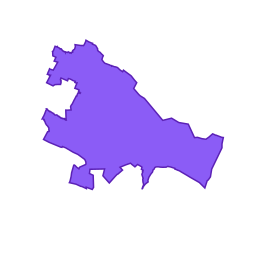 the district of Zinacantepec, México, Mexico, rotated 288°
{"feature_id": "50627088B3393868502774", "entity_name": "Zinacantepec", "entity_type": "district", "adm_level": 2, "iso_a3": "MEX", "parent_name": "Mexico", "parent_adm1": "México", "projection": "mercator", "projection_center": [-99.791, 19.204], "detail": "fine", "context": "isolated", "style": "filled", "palette": "violet", "viewbox_px": 256, "rotation_deg": 288, "n_neighbors": 0, "source": "geoboundaries", "source_scale": "gbopen_adm2", "svg_char_len": 5210}
<svg xmlns="http://www.w3.org/2000/svg" viewBox="0 0 256 256"><g transform="rotate(288 128 128)"><path d="M57.9,89.1L58.5,96.0L57.9,101.1L58.1,102.3L57.5,107.1L58.8,106.6L58.5,113.0L60.9,113.6L72.3,109.5L72.8,105.4L77.0,104.6L81.8,118.4L74.8,118.9L69.9,127.2L78.1,130.8L80.6,132.0L81.0,132.6L86.3,135.8L88.2,132.5L92.2,137.2L95.3,141.3L94.5,143.1L93.2,146.6L96.3,148.4L95.3,153.1L94.8,153.4L92.8,153.5L92.5,155.4L91.3,155.1L90.9,155.7L89.3,155.5L88.0,155.6L84.7,158.0L84.0,157.8L81.1,159.0L79.1,160.4L78.1,160.2L76.9,160.7L76.7,160.2L73.9,160.2L75.1,160.3L75.3,160.6L75.8,160.5L76.3,160.5L76.9,160.8L77.9,160.9L78.4,161.2L79.8,161.7L80.8,162.3L81.7,162.9L82.9,163.8L84.4,163.1L87.6,163.1L90.6,163.8L91.0,163.9L93.7,164.9L95.8,164.8L96.9,165.5L98.7,165.7L99.6,166.6L100.2,168.0L100.6,169.5L100.7,170.5L101.4,173.2L102.6,176.5L103.4,177.2L103.7,177.6L103.9,178.1L103.8,178.5L104.1,180.2L104.1,185.1L103.5,185.2L103.5,185.3L103.3,187.6L103.2,188.4L103.2,190.0L102.6,192.4L101.3,198.4L100.4,202.2L98.2,212.7L94.7,219.6L102.4,219.6L103.4,220.4L107.0,221.5L114.8,220.3L138.2,223.5L141.9,222.3L148.4,221.6L148.1,220.0L148.4,214.0L148.2,213.8L148.5,211.6L148.6,210.3L144.4,207.8L141.4,205.6L140.7,201.6L140.6,197.0L139.4,194.2L150.3,184.1L148.9,174.6L150.8,166.4L146.0,158.7L161.2,134.5L162.4,129.6L163.2,127.9L167.3,121.2L173.8,122.3L175.6,119.3L178.5,115.0L179.0,113.7L179.5,112.1L181.6,105.8L179.9,105.5L180.4,103.5L181.0,101.9L182.2,99.5L182.3,98.8L182.3,98.0L182.3,97.4L182.1,96.1L182.1,95.1L182.2,94.7L182.1,94.1L181.7,93.5L182.3,93.2L182.2,92.8L182.2,92.5L182.1,91.7L182.3,90.9L182.4,87.4L182.4,86.1L183.0,84.8L183.2,84.5L184.2,83.0L184.5,82.7L185.1,82.0L187.4,82.0L187.7,81.9L188.8,82.2L189.1,82.2L189.8,81.0L190.1,80.2L191.2,78.3L191.4,77.9L191.5,77.3L191.6,76.8L192.1,75.9L192.1,75.6L192.5,75.1L194.0,74.6L194.1,74.4L194.3,74.2L194.8,73.7L196.1,72.2L196.5,71.6L196.7,69.4L196.7,68.3L197.6,68.2L197.6,67.1L197.6,66.4L197.7,65.8L197.8,64.3L197.9,63.6L198.1,62.9L198.5,60.9L196.9,61.0L196.2,60.9L195.0,60.8L192.6,60.3L192.4,59.4L192.3,58.6L192.0,58.3L190.9,51.9L189.0,52.8L188.4,52.8L186.5,52.8L186.2,52.7L185.5,52.0L185.3,52.0L184.5,51.5L183.8,51.4L183.3,52.0L183.0,51.8L182.7,51.5L182.3,50.9L182.2,51.0L182.0,50.9L181.9,50.9L182.0,50.7L181.9,50.4L182.0,50.2L181.9,50.1L181.7,50.2L181.4,50.0L181.4,49.9L181.5,49.3L181.4,49.2L181.5,48.9L182.0,48.2L181.8,48.1L181.8,47.9L181.8,47.7L181.6,47.3L181.5,47.2L181.4,47.2L181.1,46.9L181.2,46.6L181.1,46.4L180.9,45.6L181.1,45.4L181.1,45.2L180.7,45.2L181.0,45.0L180.9,44.5L181.0,44.4L181.1,44.1L181.0,43.8L180.8,43.7L180.9,43.4L181.1,42.4L181.4,42.2L181.4,41.7L181.6,41.5L181.7,41.2L182.2,40.8L182.3,40.5L182.3,40.3L182.3,40.2L182.6,40.1L182.6,39.4L182.2,39.0L182.3,38.7L182.7,38.2L182.8,37.9L182.9,37.6L183.1,36.3L183.5,35.7L183.1,35.7L183.2,33.4L181.5,33.3L178.9,33.2L177.9,33.0L177.7,32.7L177.4,32.5L177.1,32.8L173.4,34.2L173.0,37.6L168.8,37.1L168.8,38.3L168.8,38.9L168.9,40.8L159.9,39.0L159.9,35.8L160.1,35.1L157.8,35.0L156.5,34.8L154.1,34.7L154.2,35.2L154.2,36.8L153.7,36.9L153.9,37.4L154.0,37.4L154.2,38.0L145.9,36.6L144.9,43.7L146.6,45.0L147.6,47.4L148.6,50.4L149.1,50.3L149.5,50.2L149.8,50.4L150.3,50.4L150.8,50.0L151.3,50.0L151.7,49.6L151.8,49.7L151.8,49.9L152.2,49.8L152.3,49.7L152.5,49.6L152.5,49.4L153.0,48.8L154.1,48.8L154.2,48.7L154.5,48.7L154.5,49.1L154.8,49.1L154.6,51.6L154.2,55.9L156.6,56.0L156.6,56.4L156.7,56.8L156.7,57.5L156.6,58.5L156.6,58.8L156.2,60.5L156.1,61.2L156.1,62.6L156.1,63.4L154.9,63.4L154.7,65.0L155.0,65.3L155.1,65.5L153.5,65.5L152.2,65.3L149.3,65.2L149.3,66.5L149.2,67.6L149.3,67.6L149.2,68.5L149.0,69.7L147.4,69.7L147.2,70.8L146.8,70.8L146.7,71.9L146.2,71.8L146.4,70.6L146.0,70.5L146.0,69.7L144.6,69.4L142.5,69.4L142.4,68.9L138.6,68.3L137.9,68.1L137.0,68.0L133.6,67.5L131.9,66.9L130.5,66.8L127.6,68.3L126.3,65.0L125.8,63.3L117.2,66.4L116.8,66.6L116.5,66.8L116.4,66.3L116.5,66.2L116.4,66.1L116.6,65.9L116.8,65.5L117.3,65.1L117.4,64.7L117.3,64.4L117.2,64.4L117.3,64.3L117.3,64.2L117.1,64.1L116.9,63.9L116.9,63.6L116.7,63.2L116.9,62.8L116.8,62.5L116.9,62.3L116.9,62.2L117.0,62.1L116.8,61.7L116.9,61.4L116.7,61.5L116.7,61.2L116.9,61.1L116.9,60.9L117.0,60.6L117.0,60.4L117.1,60.0L117.2,59.7L117.4,59.3L117.4,59.1L117.6,59.0L117.6,58.4L117.8,58.4L117.8,58.0L117.9,57.7L118.1,57.1L118.4,56.6L118.4,56.1L117.8,54.8L117.9,54.1L118.1,53.7L118.9,52.8L118.8,52.5L118.8,52.4L118.7,52.3L119.0,51.7L119.0,51.4L119.1,50.8L119.4,50.4L119.5,49.0L119.4,48.9L119.3,48.5L119.4,48.2L119.7,48.2L119.6,47.9L119.7,47.5L120.0,47.2L120.4,45.8L120.7,45.6L120.9,45.5L121.0,45.2L121.1,45.5L121.1,44.8L119.0,44.5L116.1,44.4L113.7,44.2L112.3,43.9L110.3,43.6L110.5,43.9L109.7,45.5L110.0,45.7L109.4,46.2L109.1,46.1L108.4,47.0L106.6,48.4L106.2,49.0L105.9,49.3L105.6,49.7L105.0,51.0L104.6,51.3L104.5,51.6L104.2,51.9L103.8,52.5L103.7,52.5L103.1,52.9L102.8,53.0L102.0,53.2L101.5,53.4L101.3,53.8L101.1,53.8L100.4,54.0L100.3,53.7L99.7,53.1L99.6,52.9L99.6,52.7L91.0,51.2L90.0,57.4L89.1,68.9L89.0,69.6L89.2,71.2L90.1,71.4L89.9,74.8L88.0,83.4L87.4,88.5L86.7,90.7L84.7,96.6L82.7,98.4L80.9,99.1L80.2,99.0L75.9,94.2L74.8,93.9L74.0,93.9L74.8,91.4L75.9,89.4L76.2,88.4L75.9,87.9L68.0,88.2L64.3,88.9L59.4,89.3L57.9,89.1Z" fill="#8b5cf6" stroke="#5b21b6" stroke-width="1.5"/></g></svg>